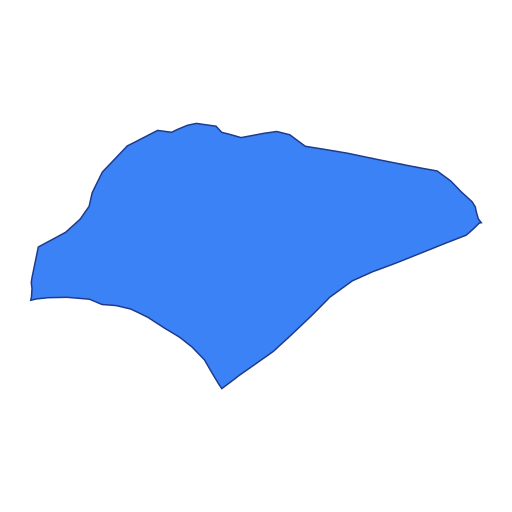 Village/Petite Bourgh, Anse-la-Raye, Saint Lucia (Equal Earth projection), rotated 270°
{"feature_id": "8701671B640126266142", "entity_name": "Village/Petite Bourgh", "entity_type": "district", "adm_level": 2, "iso_a3": "LCA", "parent_name": "Saint Lucia", "parent_adm1": "Anse-la-Raye", "projection": "equal_earth", "projection_center": [-61.042, 13.938], "detail": "fine", "context": "isolated", "style": "filled", "palette": "blue", "viewbox_px": 512, "rotation_deg": 270, "n_neighbors": 0, "source": "geoboundaries", "source_scale": "gbopen_adm2", "svg_char_len": 1256}
<svg xmlns="http://www.w3.org/2000/svg" viewBox="0 0 512 512"><g transform="rotate(270 256 256)"><path d="M123.4,221.8L131.2,232.2L136.3,238.8L160.5,273.2L167.5,280.8L174.7,288.7L179.9,294.2L196.5,311.7L211.8,326.9L214.6,329.5L231.2,352.4L240.1,372.2L249.5,397.4L265.8,438.1L268.7,445.2L276.9,466.3L281.1,471.1L284.3,474.6L288.9,479.2L289.3,481.3L293.1,478.3L299.8,476.4L302.5,475.8L305.1,475.3L310.2,472.1L320.3,461.1L328.7,453.0L331.1,450.6L341.0,437.2L342.2,430.7L343.7,422.3L347.0,405.2L352.8,376.1L356.2,359.8L358.7,348.0L359.6,342.7L363.0,322.3L365.7,305.4L369.3,300.4L377.3,289.7L380.5,276.7L379.7,271.0L378.7,264.0L374.4,241.1L378.3,227.4L378.7,225.4L379.7,221.7L385.8,216.0L388.6,196.3L386.7,187.4L383.7,180.2L382.5,177.3L379.7,171.6L381.6,157.6L368.5,132.1L366.0,127.1L364.2,125.5L340.0,102.4L330.1,97.5L319.3,92.2L305.6,89.1L302.8,87.1L292.9,80.2L285.9,72.5L279.7,65.6L265.0,38.3L234.4,32.0L231.0,31.5L229.2,31.3L226.8,31.6L223.5,32.0L215.1,31.5L211.7,30.7L213.0,36.0L214.3,47.9L214.7,67.0L212.8,89.4L207.5,102.0L207.1,107.7L206.4,116.2L203.0,130.6L200.3,136.4L194.7,147.8L183.5,165.1L179.1,172.5L174.7,179.7L165.0,192.0L152.1,204.5L149.8,205.8L138.9,212.1L127.8,218.8L123.4,221.8Z" fill="#3b82f6" stroke="#1e3a8a" stroke-width="1.5"/></g></svg>